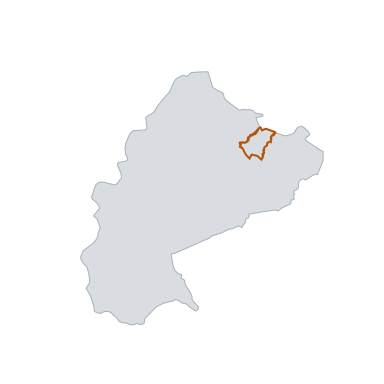 Komonjdjari, Komondjari, Burkina Faso shown in context, rotated 337°
{"feature_id": "67063806B37049013397139", "entity_name": "Komonjdjari", "entity_type": "district", "adm_level": 2, "iso_a3": "BFA", "parent_name": "Burkina Faso", "parent_adm1": "Komondjari", "projection": "robinson", "projection_center": [0.756, 12.703], "detail": "fine", "context": "in_parent", "style": "outline", "palette": "amber", "viewbox_px": 384, "rotation_deg": 337, "n_neighbors": 0, "source": "geoboundaries", "source_scale": "gbopen_adm2", "svg_char_len": 7118}
<svg xmlns="http://www.w3.org/2000/svg" viewBox="0 0 384 384"><g transform="rotate(337 192 192)"><path d="M277.2,241.4L268.3,241.8L265.1,242.9L263.1,242.9L263.1,242.0L262.8,241.4L251.6,238.4L243.8,236.6L235.8,234.6L235.4,236.5L234.2,237.7L232.5,237.8L231.3,237.5L230.5,238.9L229.2,240.8L227.3,241.8L225.5,242.9L224.5,244.0L223.8,244.0L221.9,241.6L219.5,241.3L215.0,241.7L213.0,241.1L210.2,240.7L203.6,241.2L193.1,240.2L191.4,240.8L191.0,241.2L180.6,241.3L169.2,241.5L159.6,241.6L151.3,241.7L151.2,241.2L148.6,241.2L148.3,242.0L145.9,251.8L145.6,257.1L146.8,260.4L148.2,262.5L149.8,263.4L150.0,264.6L148.7,266.1L148.8,267.7L150.3,269.3L150.6,271.0L149.9,272.8L150.0,277.1L151.1,283.9L151.2,288.3L150.1,290.4L150.6,293.8L152.7,298.7L153.0,300.7L152.3,301.7L150.6,303.0L148.8,302.9L146.8,300.0L145.9,298.6L144.3,295.7L142.9,292.6L141.1,291.3L139.2,290.1L137.0,286.3L134.8,284.5L132.5,285.0L129.2,284.3L122.5,283.3L115.3,283.6L112.2,284.5L109.3,285.9L101.8,288.9L98.8,290.5L96.5,294.3L94.0,294.2L91.4,293.0L89.8,291.2L86.4,291.6L83.1,289.9L79.9,286.6L77.5,285.5L74.5,283.1L73.7,278.6L71.8,275.3L70.1,270.9L67.5,268.9L64.5,267.8L60.4,268.0L57.7,266.3L55.5,263.7L56.1,261.4L57.1,258.2L57.2,255.1L57.9,250.1L57.6,243.8L56.8,239.5L59.1,237.6L61.8,236.0L63.4,233.0L65.2,226.4L65.9,220.6L65.4,218.5L64.6,216.8L63.9,214.3L63.5,211.3L64.0,208.6L66.0,206.2L68.5,204.1L70.3,203.1L75.0,202.1L80.9,200.6L84.3,198.9L86.8,197.1L88.2,195.8L89.6,193.0L91.9,190.8L93.7,188.6L94.0,182.5L94.0,179.0L92.7,177.1L92.0,175.5L100.7,170.7L100.8,167.3L99.6,163.6L97.9,160.5L97.3,157.9L99.7,154.9L101.9,152.6L103.4,150.6L106.9,147.6L110.5,146.8L113.7,147.9L123.2,155.0L124.9,155.4L126.8,154.9L129.4,153.0L132.6,151.6L133.9,146.9L133.8,139.9L134.5,136.8L136.2,136.2L141.7,137.5L143.2,137.6L144.8,137.2L145.9,135.9L145.9,133.7L145.6,131.7L147.4,125.3L150.7,120.5L157.3,114.4L159.4,113.2L161.8,112.6L173.6,116.7L175.5,115.7L178.5,105.4L181.7,104.5L185.5,104.3L188.0,103.4L189.3,102.7L194.9,98.8L204.9,93.5L210.2,91.2L211.2,90.3L215.1,86.6L220.1,82.2L223.4,81.4L227.8,81.0L230.6,81.8L231.4,83.0L232.3,83.6L238.1,81.8L246.5,84.7L253.7,87.6L253.2,89.4L253.2,92.6L252.6,97.7L251.9,103.8L254.8,107.8L258.4,112.0L259.4,113.7L258.4,117.9L259.1,120.4L261.0,124.4L264.2,129.6L267.5,135.0L269.7,135.7L271.9,136.1L273.2,137.1L275.2,138.0L277.1,138.6L278.7,139.8L279.8,140.9L281.2,144.2L284.9,146.4L287.5,148.6L286.5,149.7L283.2,149.2L280.2,148.3L279.8,149.9L279.7,155.9L280.2,161.0L280.9,161.6L283.9,162.6L291.2,169.1L297.8,175.3L300.0,176.9L303.7,177.5L307.8,177.8L309.5,177.2L313.5,174.1L315.6,173.7L317.6,173.8L318.6,174.3L320.5,176.9L322.3,180.7L322.8,183.6L322.6,185.1L322.0,185.7L318.8,186.4L317.4,187.0L317.0,187.8L317.5,189.7L318.2,191.0L321.7,196.5L326.9,204.0L328.5,205.9L327.6,208.1L325.0,214.0L323.0,216.4L314.4,224.7L310.2,223.7L301.3,225.4L300.0,223.5L297.9,223.2L295.3,223.6L294.4,224.3L294.1,225.1L293.2,226.2L291.5,229.5L290.3,230.4L288.7,230.9L286.8,230.8L285.6,231.2L285.6,232.9L285.3,234.3L284.0,235.0L283.4,236.6L283.5,238.1L282.8,238.8L281.1,238.4L280.1,238.0L279.2,240.0L278.0,241.4L277.2,241.4Z" fill="#d9dde1" stroke="#a8b0b8" stroke-width="1"/><path d="M258.0,183.7L261.5,180.9L266.3,184.3L268.5,189.3L268.8,189.1L268.7,188.9L268.8,188.9L269.1,188.8L269.3,188.6L269.5,188.5L269.6,188.3L269.8,188.2L270.0,188.2L270.2,187.9L270.3,187.8L270.4,187.7L270.5,187.7L270.8,187.2L271.1,186.9L271.4,186.9L271.5,186.8L271.5,186.5L271.6,186.4L271.6,186.1L271.5,185.9L271.5,185.7L271.7,185.9L271.8,185.9L271.8,185.4L272.0,185.3L272.1,185.1L272.1,184.8L272.3,184.8L272.6,184.8L272.9,184.6L272.8,184.4L272.9,184.1L273.0,184.0L273.3,184.0L273.5,184.1L273.6,183.8L273.7,183.5L273.8,183.5L273.9,183.2L273.9,182.5L273.9,182.2L273.8,181.8L273.8,181.7L274.1,181.6L274.4,181.7L274.9,181.6L275.0,181.5L275.0,181.0L275.0,180.8L275.1,180.6L275.2,180.4L275.4,180.1L275.5,179.8L275.7,179.6L276.3,179.2L276.6,179.0L277.2,178.9L278.0,178.7L278.5,178.6L279.3,178.5L279.4,178.4L279.5,178.2L279.7,177.3L279.9,176.9L280.0,176.8L280.2,176.6L280.4,176.5L280.5,176.6L281.1,176.2L281.3,176.1L281.5,176.2L281.8,176.0L282.1,175.8L283.7,176.4L283.8,176.5L283.8,176.4L284.1,176.5L284.2,176.4L284.4,176.1L284.5,176.0L284.6,175.7L285.0,175.3L285.1,175.2L285.3,175.1L285.3,174.9L285.2,174.7L285.3,174.0L285.3,173.9L285.6,173.8L285.9,173.6L285.8,173.3L285.9,173.2L286.1,173.1L286.1,172.9L286.1,172.7L286.0,172.4L286.1,172.2L286.4,172.1L286.5,172.0L286.5,171.9L286.8,171.8L287.1,171.7L287.3,171.6L287.5,171.5L287.7,171.3L287.7,171.2L287.8,171.2L287.9,171.3L288.1,171.5L288.3,171.6L288.6,171.4L288.8,171.5L289.0,171.7L289.3,171.7L289.3,171.1L289.5,171.0L289.9,171.0L290.1,170.8L290.1,170.6L290.3,170.6L290.2,170.5L290.3,170.5L290.4,170.4L290.5,170.2L290.8,170.0L290.9,169.9L291.0,169.8L291.3,169.8L291.3,169.5L291.3,169.4L291.2,169.2L291.3,168.9L291.4,169.0L291.5,169.0L291.0,168.4L290.7,168.1L290.0,167.5L284.7,162.6L280.5,162.6L280.3,160.3L280.3,159.3L280.2,159.3L279.8,159.3L279.6,159.3L279.3,159.3L279.2,159.3L278.7,159.4L278.4,159.4L278.3,159.5L278.1,159.4L278.0,159.5L277.7,159.6L277.5,159.8L277.4,159.9L277.3,160.0L277.2,160.2L277.2,160.3L276.9,160.4L276.9,160.5L276.7,160.5L276.7,160.4L276.5,160.5L276.6,160.9L276.6,161.0L276.4,161.1L276.2,161.3L275.9,161.2L275.6,160.9L275.5,161.0L275.4,160.9L275.1,161.0L274.9,161.4L275.0,161.6L275.2,161.8L275.2,162.0L274.9,162.1L274.7,162.2L274.6,162.3L274.4,162.4L274.4,162.5L274.2,162.5L274.1,162.4L274.0,162.5L274.0,162.4L273.9,162.4L273.7,162.2L273.5,161.9L273.4,161.6L273.2,161.5L272.8,161.7L272.7,161.8L272.8,162.2L272.7,162.2L272.8,162.4L272.9,162.6L272.9,162.8L273.0,162.9L272.9,163.2L272.8,163.3L272.7,163.4L272.4,163.3L271.8,163.0L271.6,162.9L271.4,163.0L271.2,163.0L270.8,163.2L270.6,163.3L270.3,163.3L270.1,163.3L270.0,163.2L269.9,163.0L269.9,162.9L269.9,162.6L269.9,162.4L269.6,162.5L269.4,162.5L269.3,162.8L269.4,163.0L269.3,163.3L269.1,163.4L268.7,163.4L268.6,163.2L268.5,162.8L268.5,162.6L268.4,162.5L268.2,162.4L267.9,162.4L267.9,162.6L268.0,162.6L267.9,162.8L267.7,162.8L267.3,162.8L267.2,162.9L267.2,163.0L267.0,163.3L266.9,163.5L266.7,163.7L266.6,163.8L266.5,164.0L266.4,164.1L266.2,164.1L266.1,163.9L265.8,163.8L265.6,163.7L265.5,163.8L265.3,163.7L265.2,163.6L264.7,163.9L264.7,164.0L264.5,164.3L264.5,164.5L264.5,164.8L264.4,164.8L264.4,165.0L264.6,165.5L264.7,165.8L264.5,166.0L264.4,165.9L264.4,166.0L264.2,166.0L263.8,166.0L263.6,165.9L263.2,166.0L263.2,166.5L263.1,167.0L262.9,167.2L262.6,167.1L262.4,167.1L261.4,167.4L261.2,167.4L260.8,167.1L260.7,167.1L260.2,167.4L259.8,167.4L259.7,167.4L258.5,166.3L258.3,166.1L258.0,166.1L257.7,166.2L257.4,166.3L257.2,166.2L256.7,165.7L256.4,165.4L255.9,165.3L255.4,165.2L255.1,165.3L255.1,165.7L255.0,166.1L254.9,166.3L255.0,166.7L255.3,166.8L255.4,167.0L255.4,167.3L255.5,167.4L255.5,167.6L254.6,168.2L254.2,168.6L254.0,168.8L253.9,168.8L253.8,169.1L254.0,169.3L254.1,169.8L254.3,170.0L254.5,170.2L254.6,170.3L254.6,170.1L255.1,170.2L255.2,170.4L255.3,170.6L255.8,172.9L255.8,173.5L255.7,174.3L255.7,174.9L255.9,175.8L256.0,177.0L256.3,179.0L256.4,179.4L256.5,179.7L256.7,180.2L256.9,180.8L257.5,182.2L258.0,183.7Z" fill="none" stroke="#b45309" stroke-width="2"/></g></svg>